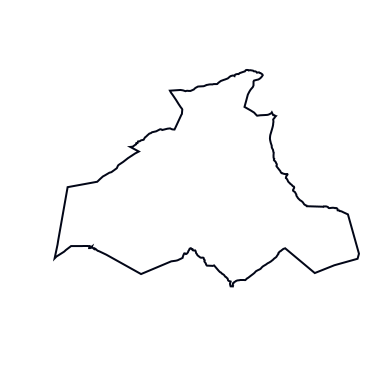 Tingambato, Michoacán, Mexico (Equal Earth projection), rotated 77°
{"feature_id": "50627088B49103423158647", "entity_name": "Tingambato", "entity_type": "district", "adm_level": 2, "iso_a3": "MEX", "parent_name": "Mexico", "parent_adm1": "Michoacán", "projection": "equal_earth", "projection_center": [-101.844, 19.506], "detail": "fine", "context": "isolated", "style": "outline", "palette": "ink", "viewbox_px": 384, "rotation_deg": 77, "n_neighbors": 0, "source": "geoboundaries", "source_scale": "gbopen_adm2", "svg_char_len": 5807}
<svg xmlns="http://www.w3.org/2000/svg" viewBox="0 0 384 384"><g transform="rotate(77 192 192)"><path d="M255.3,223.4L255.3,221.5L254.4,217.3L254.0,215.9L253.0,215.5L251.2,214.3L250.1,213.4L250.1,213.1L250.4,212.4L250.9,212.2L251.1,211.9L251.1,211.7L250.9,211.0L250.8,210.7L250.6,210.4L249.7,209.4L248.6,208.7L247.9,207.9L247.3,207.5L246.9,207.1L246.7,207.0L246.7,206.9L246.5,205.8L247.4,205.4L247.5,204.8L247.7,204.4L248.0,204.4L248.4,204.2L248.9,204.4L249.0,204.2L249.1,203.9L249.5,203.2L249.6,202.1L250.3,201.8L252.7,201.7L253.8,201.1L254.5,201.0L254.9,200.9L257.6,198.7L258.1,197.9L258.2,197.2L258.3,196.5L258.5,195.9L258.9,195.5L260.4,195.5L260.6,195.2L261.2,195.0L261.6,195.0L261.9,195.3L262.2,195.5L262.6,195.5L263.1,195.3L264.1,194.9L264.6,194.6L265.7,194.6L266.6,194.3L267.1,194.0L268.3,189.6L268.7,188.4L268.5,187.0L274.8,183.7L276.4,182.7L276.5,182.5L276.7,182.3L277.0,181.9L277.4,181.6L277.8,181.5L278.2,181.3L278.7,180.7L280.0,179.5L281.6,178.8L282.2,178.5L282.7,177.8L283.6,177.4L283.9,177.1L284.3,176.8L286.1,176.7L286.3,176.6L286.7,176.4L287.3,175.6L287.6,175.0L287.9,174.5L288.2,174.7L288.6,174.8L289.5,175.5L290.8,175.7L292.6,175.6L293.2,173.4L292.8,173.2L292.6,173.6L290.2,172.6L290.3,172.2L289.4,171.3L289.1,170.5L288.9,169.6L288.6,169.2L288.4,167.9L288.4,167.5L288.6,165.9L288.6,164.7L289.8,159.8L288.6,157.8L288.2,156.5L286.8,153.5L285.6,150.8L284.9,149.4L283.6,147.5L283.0,145.4L282.7,143.9L282.3,142.5L281.2,141.0L280.5,139.8L280.0,138.4L279.5,136.8L279.3,136.2L278.5,134.4L278.2,133.1L277.4,130.7L276.8,129.5L276.2,128.2L275.5,127.2L274.3,124.5L273.0,123.2L271.8,121.8L271.6,121.6L271.4,121.6L271.2,121.7L270.9,121.5L270.7,121.2L269.8,120.0L269.7,119.5L269.5,119.0L269.4,118.6L269.3,118.4L269.0,118.0L268.5,116.8L268.0,115.8L267.9,114.3L267.8,113.9L298.6,90.6L295.4,69.8L294.3,45.7L289.7,43.2L248.9,45.1L246.5,48.2L245.9,49.0L244.8,50.3L244.5,50.7L244.0,51.7L243.8,52.4L243.7,52.5L243.3,52.5L243.1,52.7L242.6,54.2L241.1,54.1L240.7,54.3L240.0,55.2L239.9,55.5L240.0,56.1L239.9,56.3L239.4,57.1L238.9,58.9L238.8,60.1L238.6,61.8L238.5,62.1L238.4,62.3L238.1,62.6L237.3,62.9L236.7,63.7L236.5,64.0L236.1,64.8L236.0,65.8L235.9,66.3L235.6,66.7L235.6,66.8L236.0,67.5L235.8,67.7L231.7,83.3L231.0,83.4L230.9,83.6L230.8,83.9L230.7,84.1L230.5,84.3L230.1,84.7L229.8,84.9L229.6,85.2L229.2,85.5L228.3,85.8L226.6,86.5L225.2,87.6L224.6,88.3L224.1,88.7L222.2,89.9L221.4,90.3L220.8,90.4L219.8,90.9L218.7,91.1L218.0,90.9L217.8,90.9L216.9,91.3L215.8,91.5L215.3,91.7L213.8,93.0L213.5,93.2L213.3,93.2L212.6,93.0L212.3,92.8L212.0,92.4L210.9,91.5L210.3,91.4L209.7,91.5L209.2,92.2L208.7,92.6L208.0,93.0L207.2,93.4L206.7,93.9L206.3,94.3L205.8,94.5L203.8,95.8L203.2,96.0L201.2,96.4L199.9,97.0L199.6,97.4L199.4,97.4L199.1,97.1L198.6,97.0L198.0,96.7L196.5,95.0L196.1,95.0L195.9,95.1L195.8,95.4L195.7,96.8L195.5,97.1L195.0,98.3L194.3,99.5L194.0,99.7L193.9,99.8L193.9,100.3L193.1,100.9L192.9,101.0L191.7,101.2L186.1,103.8L185.6,103.9L185.2,103.5L184.5,103.2L183.7,103.2L182.5,103.6L182.1,103.6L181.1,103.9L179.8,104.8L179.4,104.9L179.2,105.0L178.1,104.4L177.9,104.5L177.6,104.7L177.0,104.8L174.5,104.3L171.9,103.5L171.5,103.7L169.0,103.6L167.8,104.0L166.7,104.2L166.0,104.2L165.0,103.9L162.8,104.1L161.9,104.2L158.9,104.2L157.3,104.0L155.1,103.3L153.9,102.8L152.0,101.7L147.7,99.3L146.0,98.4L144.3,97.7L143.2,97.4L142.1,96.9L140.1,96.6L139.6,96.6L138.8,95.7L138.6,95.2L137.8,94.5L136.9,93.2L136.7,93.6L136.8,93.9L136.6,93.7L136.3,93.9L135.7,94.5L135.5,94.9L135.5,95.5L135.4,95.6L132.4,96.3L132.9,96.8L133.1,97.1L133.3,97.9L133.8,99.9L133.8,100.6L133.8,101.4L132.6,108.3L132.3,111.4L131.1,112.2L128.6,113.6L125.7,116.5L120.9,121.7L114.8,118.4L109.7,115.7L107.2,113.6L105.4,111.8L103.4,109.1L102.0,108.1L98.2,107.2L97.4,106.5L97.3,104.3L97.3,101.9L96.5,99.8L95.2,97.9L94.1,96.8L93.2,97.0L92.3,97.8L92.0,98.1L91.5,98.5L91.3,99.1L90.5,99.8L90.4,100.7L90.3,101.9L89.7,102.1L89.1,102.6L88.6,103.4L88.3,104.6L87.5,105.2L87.0,106.4L86.4,107.9L86.3,108.8L86.3,109.5L85.8,109.8L85.4,111.1L85.4,112.1L85.7,112.6L86.0,112.9L86.4,113.5L86.4,114.3L86.9,118.9L87.3,119.5L87.6,120.1L87.4,120.6L87.3,121.1L87.2,122.4L87.4,123.4L87.7,124.0L88.6,124.5L88.1,125.0L87.7,125.8L87.7,127.1L87.8,128.4L88.2,129.3L89.4,131.6L89.8,134.5L89.9,135.8L90.3,138.9L91.2,141.0L91.8,142.2L92.4,143.0L92.4,143.7L91.8,146.2L91.7,146.9L91.8,147.7L91.7,148.1L91.2,150.3L91.1,151.5L91.1,152.5L91.0,153.5L91.0,154.1L91.3,154.7L91.3,155.3L91.5,156.2L91.5,157.2L91.3,158.3L90.9,160.5L90.6,162.5L91.3,165.0L91.8,166.1L92.5,167.1L93.2,170.8L92.8,172.4L92.4,173.5L92.2,174.7L92.3,175.7L91.0,177.8L90.0,180.2L88.3,190.7L90.5,190.1L92.8,189.1L98.8,186.8L103.2,185.3L106.9,183.9L108.5,183.1L109.4,182.9L113.7,184.3L114.4,185.0L124.7,193.0L127.2,195.0L126.8,196.4L126.2,197.7L125.1,199.0L124.8,201.6L124.9,207.1L124.3,207.5L123.7,208.9L124.2,210.9L124.8,213.2L124.8,217.5L125.4,218.9L125.5,220.4L126.9,223.0L127.5,223.9L128.3,225.6L130.2,227.4L130.2,230.0L130.8,231.5L130.8,232.2L130.6,232.8L130.6,233.2L132.1,234.1L132.1,234.4L131.8,235.0L131.9,235.4L133.0,235.8L133.3,236.8L134.5,239.6L134.2,242.0L140.6,234.7L141.2,237.0L141.6,238.6L144.5,246.5L147.2,252.3L149.2,257.6L149.9,258.4L151.9,259.9L154.5,266.0L154.6,267.1L154.6,268.1L156.2,273.1L156.8,275.3L158.8,278.9L160.7,282.0L159.3,312.1L209.4,333.4L212.9,334.8L225.8,340.8L224.4,338.6L221.4,330.1L220.7,328.8L220.3,328.2L217.5,322.0L221.2,305.6L221.4,305.3L221.6,304.1L222.6,304.4L223.5,304.8L223.7,303.8L223.6,302.9L223.5,302.7L222.8,303.1L222.6,303.1L222.6,302.5L222.8,302.0L222.7,301.8L223.0,302.0L223.3,302.0L223.6,302.0L223.8,302.0L224.0,301.4L224.9,300.3L225.2,300.1L225.4,300.3L225.9,299.9L226.0,299.6L226.1,299.3L226.0,298.7L225.9,298.7L226.1,298.5L226.4,298.4L228.1,297.1L228.3,296.6L229.5,295.0L233.8,289.6L260.5,260.1L254.9,227.8L255.3,223.4Z" fill="none" stroke="#020617" stroke-width="2"/></g></svg>